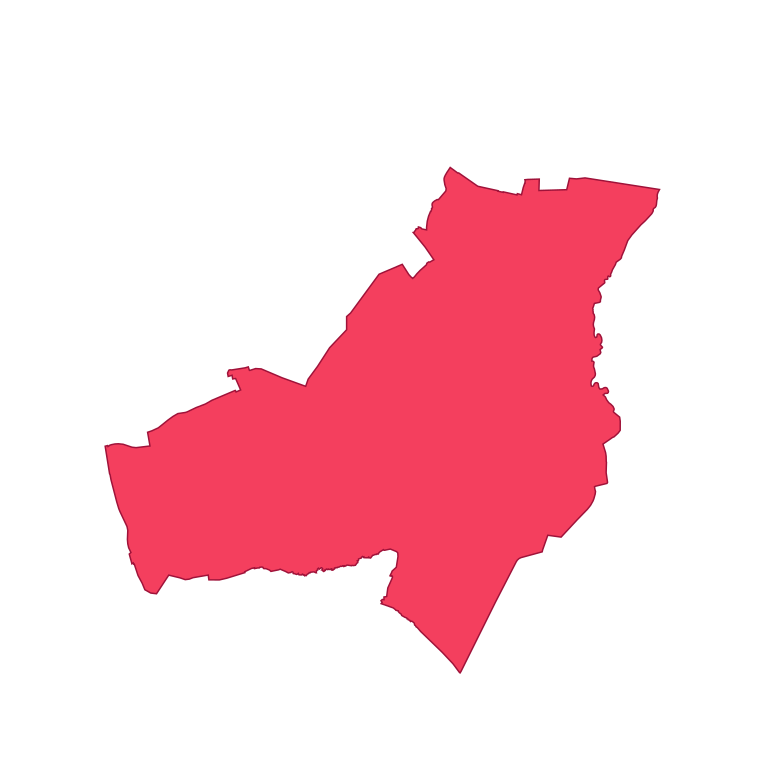 the district of Kerkrade, Limburg, Netherlands, rotated 19°
{"feature_id": "6326949B5477842522812", "entity_name": "Kerkrade", "entity_type": "district", "adm_level": 2, "iso_a3": "NLD", "parent_name": "Netherlands", "parent_adm1": "Limburg", "projection": "orthographic", "projection_center": [6.055, 50.875], "detail": "fine", "context": "isolated", "style": "filled", "palette": "rose", "viewbox_px": 768, "rotation_deg": 19, "n_neighbors": 0, "source": "geoboundaries", "source_scale": "gbopen_adm2", "svg_char_len": 6170}
<svg xmlns="http://www.w3.org/2000/svg" viewBox="0 0 768 768"><g transform="rotate(19 384 384)"><path d="M232.8,421.5L232.5,424.6L234.2,427.6L237.5,425.2L239.3,428.5L241.9,427.1L250.4,436.3L246.7,439.7L245.6,438.5L245.2,438.7L226.5,455.5L221.7,461.0L214.0,467.5L206.9,474.5L205.4,475.6L198.7,479.1L195.0,483.4L191.5,488.4L184.9,498.9L179.8,503.8L176.2,506.6L182.9,518.8L170.3,524.9L166.3,525.8L157.0,525.9L152.3,527.0L149.1,528.3L146.2,530.0L144.8,531.0L143.4,533.0L142.7,532.2L140.6,533.6L153.8,558.3L154.5,558.9L157.1,563.5L169.7,582.5L173.8,588.2L175.8,590.5L187.4,602.4L189.4,605.8L192.0,614.5L193.8,618.6L195.9,622.0L199.6,625.7L198.5,627.7L204.2,636.1L205.1,634.8L206.0,635.9L206.5,635.6L213.8,645.2L220.2,651.1L224.9,656.4L231.5,657.6L237.2,656.4L242.7,634.8L254.3,633.7L259.7,633.7L263.4,631.9L266.5,629.3L280.0,621.9L282.2,626.2L292.2,622.8L298.6,618.8L313.9,607.6L313.4,606.9L318.7,601.6L321.2,600.0L321.2,600.6L321.5,600.8L324.9,598.8L325.7,598.7L326.1,598.4L326.1,597.8L328.1,596.8L329.4,596.8L329.9,597.5L330.4,597.7L332.6,597.0L336.4,597.2L338.1,598.0L344.9,594.0L346.1,592.9L351.8,593.3L355.0,593.8L357.2,592.6L358.2,591.4L359.3,591.6L359.7,592.6L360.0,592.8L360.8,592.5L363.4,592.5L364.1,591.9L364.6,591.0L365.7,592.1L367.8,591.5L368.3,591.3L368.4,590.8L368.9,590.3L369.9,590.9L370.2,590.4L370.6,590.4L371.6,591.2L372.3,590.3L372.9,590.4L373.3,588.9L374.6,587.6L374.7,586.7L375.7,586.5L375.8,585.9L379.0,584.4L380.8,584.7L381.5,584.5L381.1,584.0L381.2,583.3L380.9,582.4L381.9,581.4L381.4,580.5L381.9,579.5L383.1,580.1L384.4,578.2L384.9,578.0L386.1,578.7L385.8,579.9L386.4,579.6L386.7,580.5L388.1,580.9L388.5,580.3L388.5,579.3L389.3,579.3L389.3,578.6L389.8,577.7L391.2,577.8L391.5,577.1L392.5,577.3L394.8,575.7L395.0,575.9L394.7,576.8L394.8,577.0L396.2,576.7L397.4,575.0L397.0,574.4L397.1,574.1L397.7,574.1L398.2,573.3L399.4,573.1L399.4,572.7L401.4,571.5L402.1,570.5L402.9,570.4L404.4,569.5L404.3,569.2L404.6,569.1L405.4,569.7L406.0,569.2L405.9,568.7L407.1,568.6L407.4,567.8L408.2,567.2L412.5,566.4L412.8,565.9L414.1,565.7L416.0,564.7L416.7,562.2L417.3,561.5L417.2,560.5L416.3,559.9L417.3,559.0L416.9,557.7L419.2,555.9L419.1,555.2L419.8,554.1L420.8,554.5L420.9,554.1L421.2,553.9L421.7,554.7L424.1,554.0L424.7,553.6L425.4,553.6L425.9,552.6L426.4,553.2L428.0,552.9L429.1,549.6L430.0,549.2L430.7,548.3L432.2,547.7L432.2,547.3L432.9,546.8L433.7,546.9L434.1,546.2L434.1,545.3L434.5,544.4L437.4,540.8L438.0,541.2L438.7,541.0L443.7,538.0L450.4,538.4L452.0,539.2L453.4,542.6L455.3,553.3L452.6,558.2L452.5,561.0L452.3,561.5L452.1,563.4L453.3,563.4L453.7,562.8L454.5,563.0L454.9,563.9L454.9,565.4L454.0,575.6L455.7,584.1L453.3,585.4L454.2,587.9L452.5,588.3L451.7,589.9L453.3,591.0L452.8,592.6L465.7,592.7L468.4,593.7L468.9,594.1L471.3,593.8L471.6,594.5L473.0,595.3L475.3,596.1L476.1,597.1L479.8,597.8L481.4,597.8L482.0,598.0L482.2,598.5L483.0,598.3L483.5,599.0L485.4,599.1L485.6,599.5L486.5,599.9L486.7,599.4L488.0,599.3L490.0,600.0L490.7,600.6L491.4,601.9L492.4,602.2L493.5,603.2L494.7,603.4L499.3,606.1L526.1,618.6L540.2,626.0L549.3,632.2L550.0,632.4L550.4,630.7L560.4,553.9L566.9,509.1L567.4,507.1L568.5,505.1L570.0,503.6L588.2,491.2L588.0,489.1L588.1,473.7L601.3,471.1L610.9,449.4L617.1,436.2L618.8,431.5L619.7,426.6L619.8,424.2L619.5,419.2L619.0,416.8L617.7,414.9L616.5,412.6L617.1,411.9L627.2,405.4L627.4,404.2L622.9,395.5L619.8,385.5L619.4,385.0L617.5,379.9L615.9,376.8L610.6,369.5L617.5,360.1L618.7,359.1L621.4,354.1L622.4,350.9L619.5,342.3L617.6,338.6L610.3,335.9L609.8,335.1L609.9,333.4L609.6,332.5L607.9,330.7L605.1,329.3L602.6,328.5L599.6,326.4L597.6,324.2L594.8,323.0L596.0,321.0L598.3,320.0L598.8,319.1L598.6,317.7L596.4,315.4L595.2,315.1L594.3,315.3L593.3,315.9L592.0,317.5L589.9,318.5L588.3,317.4L586.3,313.8L585.0,313.4L583.8,313.9L583.1,314.6L582.7,315.9L582.7,317.2L582.4,317.9L581.5,318.5L580.6,318.3L579.3,315.7L579.0,313.6L579.3,311.6L580.7,308.9L580.9,307.1L580.6,305.6L578.0,301.2L576.7,299.7L576.1,298.2L575.5,295.0L574.1,294.4L573.0,294.6L572.4,292.1L572.6,291.2L573.1,290.4L576.2,288.5L578.6,285.0L578.7,283.6L577.1,281.1L578.6,278.8L578.6,278.1L575.8,276.5L575.7,275.7L576.2,273.7L575.8,271.7L574.6,269.4L572.4,267.2L571.0,266.7L569.9,267.1L569.5,268.0L569.8,269.5L569.8,270.4L569.0,271.2L567.9,270.8L566.7,269.2L565.8,266.9L565.1,263.5L563.3,261.2L562.5,259.5L562.1,257.7L561.9,254.3L561.4,252.2L560.2,250.1L558.8,249.0L558.2,247.5L557.6,246.5L557.4,245.5L556.6,244.4L556.8,243.0L556.7,239.3L561.1,236.7L561.8,235.8L561.3,234.1L561.1,231.5L560.8,230.6L558.3,227.4L556.2,225.6L555.7,224.9L555.5,223.4L559.7,216.6L559.6,215.8L558.9,214.9L558.7,213.9L559.0,213.2L561.3,212.1L561.3,211.6L560.6,209.7L560.9,208.9L562.5,209.1L563.1,208.5L563.0,207.5L562.5,206.3L562.8,204.3L562.8,201.7L563.9,195.8L563.9,193.2L566.8,189.1L567.4,187.5L567.1,185.8L567.6,179.1L567.8,169.1L569.8,162.4L575.1,149.8L577.9,144.6L581.1,137.3L581.8,135.6L582.2,133.2L582.0,132.0L581.7,131.7L581.8,130.3L583.0,128.6L583.3,127.1L583.1,125.4L582.2,121.7L582.0,119.2L581.2,117.6L580.7,115.7L580.7,113.5L581.2,110.4L507.0,123.7L499.2,127.4L492.4,129.1L493.5,140.8L467.5,150.6L464.1,139.7L453.3,143.8L450.7,145.0L451.3,145.9L451.9,148.2L451.7,148.2L451.7,153.0L452.4,160.3L448.1,160.6L448.2,161.9L434.2,163.5L434.3,164.0L429.0,164.6L429.0,164.1L408.3,166.5L385.9,160.1L385.0,160.5L376.1,157.7L374.6,163.5L374.0,166.6L373.8,168.6L373.9,170.1L374.4,171.6L376.6,175.7L379.2,179.1L379.6,181.4L375.7,191.3L375.2,192.1L374.2,192.3L372.3,194.4L371.3,196.0L370.8,197.4L371.1,199.0L372.3,201.1L371.9,202.6L372.2,202.7L372.2,205.6L371.8,205.7L371.5,210.8L371.9,215.9L373.2,221.8L374.1,224.4L369.7,225.0L368.8,224.9L367.9,224.2L365.4,224.3L365.7,225.6L365.6,226.0L364.0,226.7L363.7,227.3L363.9,227.8L363.2,229.8L363.2,230.6L362.3,231.2L378.2,241.1L390.7,250.3L387.6,253.8L386.5,254.0L385.2,255.8L385.3,257.5L381.2,264.8L379.2,269.1L377.6,273.6L377.1,273.8L376.8,274.8L375.1,274.2L371.9,272.5L362.3,264.9L343.6,281.8L329.3,327.8L326.7,332.4L331.0,344.9L320.8,367.3L315.4,389.1L310.7,404.1L310.7,411.7L285.7,411.3L263.0,409.7L257.6,411.2L252.6,414.9L252.2,414.8L250.1,412.0L247.3,414.0L235.4,420.3L233.6,420.8L232.8,421.5Z" fill="#f43f5e" stroke="#9f1239" stroke-width="1.5"/></g></svg>